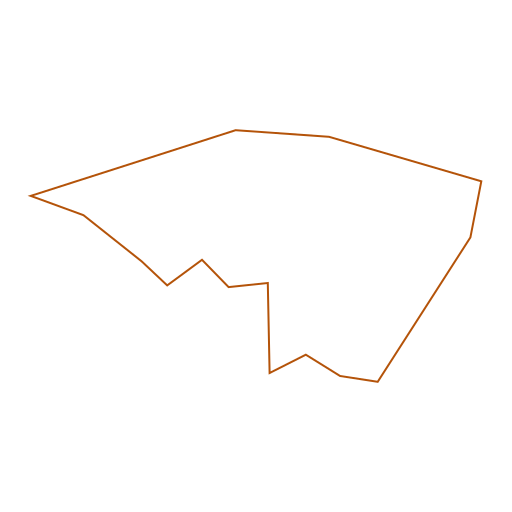 outline of Su'mber, Töv, Mongolia
{"feature_id": "93677404B46846850249672", "entity_name": "Su'mber", "entity_type": "district", "adm_level": 2, "iso_a3": "MNG", "parent_name": "Mongolia", "parent_adm1": "Töv", "projection": "albers", "projection_center": [105.846, 48.802], "detail": "fine", "context": "isolated", "style": "outline", "palette": "amber", "viewbox_px": 512, "rotation_deg": 0, "n_neighbors": 0, "source": "geoboundaries", "source_scale": "gbopen_adm2", "svg_char_len": 317}
<svg xmlns="http://www.w3.org/2000/svg" viewBox="0 0 512 512"><path d="M235.6,130.2L30.7,195.9L83.5,215.2L141.6,261.3L167.2,285.4L202.0,259.8L228.6,287.1L267.8,283.0L269.6,373.0L305.8,354.7L340.1,376.0L377.7,381.8L470.4,237.4L481.3,181.3L329.0,136.8L235.6,130.2Z" fill="none" stroke="#b45309" stroke-width="2"/></svg>